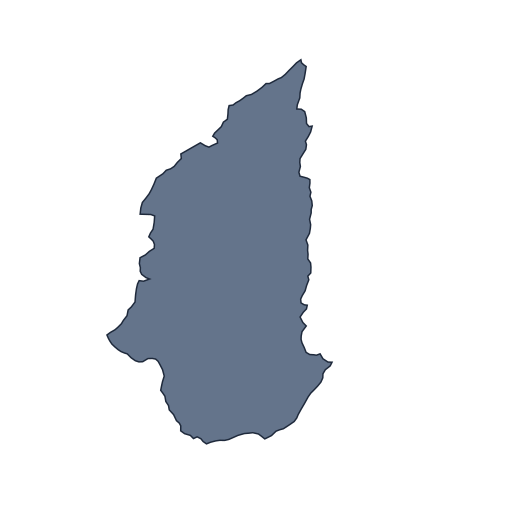 the district of Ribeirão Bonito, São Paulo, Brazil, rotated 35°
{"feature_id": "56859067B30092446236699", "entity_name": "Ribeirão Bonito", "entity_type": "district", "adm_level": 2, "iso_a3": "BRA", "parent_name": "Brazil", "parent_adm1": "São Paulo", "projection": "equal_earth", "projection_center": [-48.189, -22.038], "detail": "fine", "context": "isolated", "style": "filled", "palette": "slate", "viewbox_px": 512, "rotation_deg": 35, "n_neighbors": 0, "source": "geoboundaries", "source_scale": "gbopen_adm2", "svg_char_len": 2949}
<svg xmlns="http://www.w3.org/2000/svg" viewBox="0 0 512 512"><g transform="rotate(35 256 256)"><path d="M180.2,69.5L178.4,74.5L177.6,79.7L176.6,85.1L175.8,90.5L174.4,95.4L172.6,98.1L170.6,102.2L168.1,107.0L165.3,109.0L164.2,114.4L162.2,120.5L159.6,126.3L156.1,130.3L155.0,134.1L153.5,138.3L151.7,141.9L150.6,145.5L147.7,148.2L149.2,152.0L151.6,155.8L154.1,160.4L152.5,165.0L153.4,169.9L151.6,179.0L151.9,182.7L154.7,182.6L157.5,183.0L159.7,185.5L156.7,190.5L155.0,193.8L151.1,194.8L145.5,195.2L135.9,215.5L138.9,219.0L137.9,224.4L137.6,229.5L136.0,233.6L133.3,237.2L132.6,242.0L129.7,249.4L131.2,255.7L132.3,261.8L132.8,266.5L132.6,272.1L132.2,277.3L134.1,282.7L137.1,288.2L146.1,282.3L150.0,281.3L153.4,287.0L156.3,293.1L156.4,297.8L157.2,301.8L160.2,302.2L163.3,302.8L166.2,304.8L168.2,308.1L166.0,313.3L164.8,318.5L162.0,323.9L164.8,329.1L168.0,331.9L169.9,334.9L172.9,336.6L178.3,336.8L182.0,335.9L178.3,341.2L174.4,343.2L175.0,346.8L176.8,351.3L179.6,356.8L183.3,363.1L183.1,369.3L182.2,373.5L184.6,378.9L184.3,384.9L184.6,388.7L183.7,393.8L182.7,397.6L180.6,402.0L179.2,406.2L182.3,408.1L184.9,409.4L188.5,410.8L192.3,411.4L196.8,411.8L200.3,411.7L203.9,410.9L206.7,410.0L212.1,411.0L217.2,411.0L220.8,409.9L223.8,407.6L226.3,402.0L229.8,399.4L232.9,398.0L236.2,398.4L239.5,400.0L244.6,402.7L249.7,407.0L251.5,412.6L253.3,416.9L255.0,420.7L258.1,421.7L261.8,423.1L265.6,426.9L270.1,428.7L273.2,431.8L279.5,433.2L285.3,436.5L289.1,436.9L291.8,438.3L294.6,442.4L299.4,442.5L305.1,440.6L309.5,441.4L311.5,437.9L315.7,437.3L319.1,438.3L323.2,438.3L325.6,434.6L329.1,430.5L332.1,427.7L336.0,425.1L338.9,421.9L341.1,418.3L344.1,413.3L348.3,408.1L351.8,405.2L354.7,402.6L360.1,400.4L363.9,400.5L368.1,400.8L371.7,394.2L372.9,388.0L375.1,384.7L377.5,381.8L380.2,375.1L382.2,369.7L382.3,365.3L381.5,361.8L380.8,355.3L380.3,349.0L379.5,341.4L379.5,337.0L380.4,331.9L381.1,327.1L381.5,322.1L380.6,317.5L378.4,314.1L378.0,309.4L379.8,303.5L379.2,299.4L375.8,301.6L369.8,301.8L364.6,299.4L362.4,302.6L359.9,303.8L356.5,305.9L352.3,306.2L348.1,303.4L343.4,300.7L340.7,298.4L338.9,295.6L337.1,291.6L337.3,284.5L332.5,283.6L327.1,280.7L327.0,274.9L327.7,270.4L326.2,266.9L323.6,268.3L319.8,268.6L317.3,265.7L316.6,261.9L316.2,256.3L314.4,251.2L312.9,245.2L310.0,242.8L310.6,238.5L307.4,233.6L304.7,230.4L300.1,228.7L297.6,224.7L295.1,221.9L292.2,217.3L287.7,214.1L286.8,206.8L284.6,202.1L282.8,199.0L278.8,195.2L276.5,189.1L274.5,186.2L273.2,182.5L270.1,178.9L265.9,176.1L264.4,172.3L260.5,169.5L258.4,165.4L256.3,162.5L253.5,162.8L250.0,164.0L246.3,165.4L243.1,162.8L241.0,157.2L238.3,154.4L236.2,151.0L235.9,146.0L235.6,140.0L233.5,135.9L230.6,133.6L230.3,128.2L229.6,123.1L227.5,117.4L225.2,119.6L221.4,118.5L218.0,114.0L213.1,109.8L208.9,109.8L205.1,112.2L203.1,108.4L201.2,101.4L198.6,97.2L197.0,93.5L195.2,88.2L193.9,83.5L191.8,78.9L190.2,75.6L188.4,72.0L185.4,72.0L182.4,71.6L180.2,69.5Z" fill="#64748b" stroke="#1e293b" stroke-width="1.5"/></g></svg>